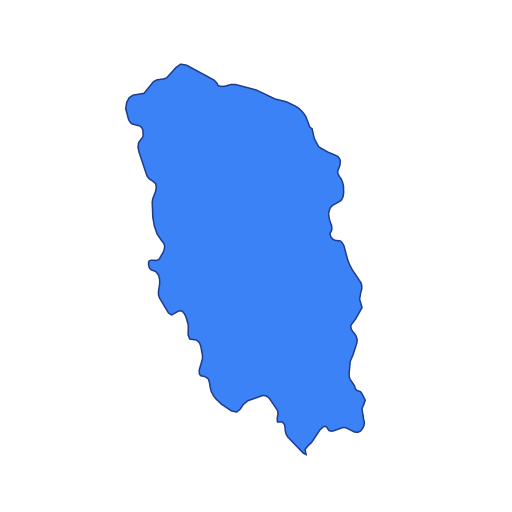 outline of Meuse, rotated 165°
{"feature_id": "FRA-5326", "entity_name": "Meuse", "entity_type": "Metropolitan department", "adm_level": 1, "iso_a3": "FRA", "parent_name": "France", "parent_adm1": "", "projection": "orthographic", "projection_center": [5.366, 49.01], "detail": "fine", "context": "isolated", "style": "filled", "palette": "blue", "viewbox_px": 512, "rotation_deg": 165, "n_neighbors": 0, "source": "natural_earth", "source_scale": "10m", "svg_char_len": 2862}
<svg xmlns="http://www.w3.org/2000/svg" viewBox="0 0 512 512"><g transform="rotate(165 256 256)"><path d="M259.0,51.2L261.4,53.4L272.1,72.8L273.0,75.9L273.0,79.5L272.3,82.7L272.1,85.7L273.4,88.8L278.2,90.1L277.8,93.1L275.7,97.6L275.2,100.5L275.6,102.6L280.0,115.0L280.8,116.5L282.9,118.5L285.4,119.5L301.3,118.3L306.7,115.9L311.1,112.0L315.2,110.3L319.9,112.8L327.6,121.6L331.8,128.5L333.4,132.6L334.3,137.0L334.2,141.6L333.7,145.9L333.9,149.6L336.3,152.6L340.3,154.6L341.2,156.6L340.5,160.3L334.3,170.6L333.4,174.0L332.7,183.3L333.1,187.0L335.3,190.3L341.5,192.9L342.0,197.5L339.8,204.8L339.3,207.6L339.4,215.3L340.2,219.0L341.7,222.0L344.8,222.9L352.8,220.9L355.3,223.7L360.0,240.2L360.3,243.4L359.6,246.4L356.4,253.7L355.2,258.0L355.0,262.4L356.5,266.3L357.7,267.6L360.5,269.4L361.6,271.0L362.1,272.9L362.1,275.1L361.6,277.2L360.7,278.7L358.4,279.1L353.0,277.4L350.3,278.0L344.1,284.3L342.5,287.0L341.7,289.2L341.7,291.3L342.3,293.3L343.2,295.2L345.8,302.7L346.4,311.2L345.7,319.9L342.3,334.9L341.0,337.9L336.6,343.9L334.6,347.8L334.2,351.8L336.5,355.2L339.3,358.3L340.6,361.6L342.1,386.9L341.8,391.9L339.9,396.1L334.2,400.5L332.7,406.6L333.1,409.5L334.5,411.6L341.6,415.7L342.5,416.9L343.4,419.2L343.8,421.6L343.7,430.5L343.9,431.6L341.0,438.1L337.4,441.8L333.1,443.2L322.1,442.1L309.9,450.9L306.2,451.8L299.2,450.9L296.0,451.3L284.7,458.7L279.1,460.8L273.7,458.3L251.2,437.0L249.5,434.2L248.7,432.0L248.7,431.0L248.6,430.5L246.4,429.1L242.8,428.1L235.5,428.1L231.3,426.9L212.8,416.3L197.0,402.8L186.6,397.0L178.7,390.1L176.2,387.2L174.0,383.5L172.6,380.2L171.7,377.3L170.7,366.5L168.9,364.4L169.3,354.4L167.4,346.1L166.9,344.9L159.6,337.7L152.2,331.9L151.2,330.9L150.2,328.8L149.9,326.1L151.4,322.0L155.2,316.7L155.6,314.2L154.7,310.8L153.7,308.1L153.3,304.6L153.4,300.8L155.0,294.2L156.6,290.7L158.8,288.1L161.0,287.1L168.6,285.2L170.5,284.2L171.7,283.4L173.0,281.7L174.2,279.7L175.1,277.5L175.4,274.6L175.6,271.1L175.1,266.1L175.7,262.4L176.9,260.4L177.7,259.6L178.1,259.3L178.5,258.8L178.9,257.3L178.8,255.1L177.3,252.2L175.5,250.6L170.8,248.8L169.4,246.7L168.4,243.0L168.4,228.3L168.0,224.2L166.7,218.2L161.5,202.8L161.5,200.1L162.2,197.2L164.4,193.3L167.1,187.5L166.9,178.7L176.1,169.4L181.2,165.4L182.7,163.7L182.9,160.7L182.2,158.2L181.0,155.7L180.2,153.3L179.9,151.1L180.0,148.8L181.2,145.7L187.9,135.4L192.3,129.8L196.4,118.6L197.3,115.1L196.9,112.2L194.9,106.5L194.4,104.4L194.4,102.8L194.1,101.5L193.3,100.0L190.3,98.0L189.5,96.3L188.0,89.7L187.9,88.7L187.9,88.1L188.7,87.2L190.0,85.1L193.1,81.2L193.8,75.6L193.7,73.9L194.3,71.1L194.3,69.7L194.3,68.3L194.5,66.6L195.6,64.4L197.3,62.2L200.2,59.9L203.2,59.3L206.5,60.5L213.0,66.4L215.1,67.5L217.3,67.8L226.8,67.0L228.8,67.4L230.5,68.3L231.3,70.0L231.8,71.9L232.8,73.4L235.0,73.7L239.2,71.5L250.7,61.4L254.4,59.5L258.7,56.5L259.0,51.2Z" fill="#3b82f6" stroke="#1e3a8a" stroke-width="1.5"/></g></svg>